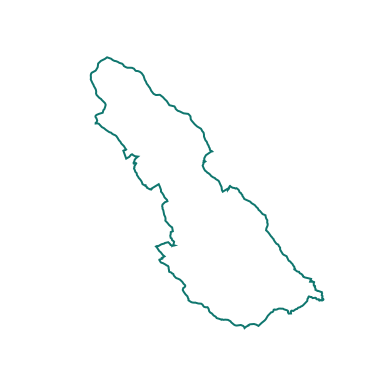 outline of Licurici, Gorj, Romania, rotated 330°
{"feature_id": "2599482B7592331780028", "entity_name": "Licurici", "entity_type": "district", "adm_level": 2, "iso_a3": "ROU", "parent_name": "Romania", "parent_adm1": "Gorj", "projection": "equal_earth", "projection_center": [23.618, 44.895], "detail": "fine", "context": "isolated", "style": "outline", "palette": "teal", "viewbox_px": 384, "rotation_deg": 330, "n_neighbors": 0, "source": "geoboundaries", "source_scale": "gbopen_adm2", "svg_char_len": 6086}
<svg xmlns="http://www.w3.org/2000/svg" viewBox="0 0 384 384"><g transform="rotate(330 192 192)"><path d="M244.8,314.7L244.4,314.5L243.1,313.0L242.7,311.6L241.9,310.2L242.4,309.7L242.8,309.7L242.8,309.2L242.6,309.2L243.2,307.9L242.9,306.3L243.0,304.6L242.5,302.9L242.3,301.3L241.6,300.3L241.4,299.4L241.8,294.9L240.0,292.2L239.6,291.1L239.5,287.0L239.6,285.8L240.5,284.2L240.2,282.2L240.4,280.7L239.3,279.1L238.9,276.3L238.9,274.3L239.1,273.6L238.8,272.8L238.6,270.9L238.3,270.0L238.0,266.3L237.7,264.4L237.0,262.2L238.3,260.6L240.5,259.0L241.3,258.0L241.8,256.9L241.7,256.3L243.1,254.1L243.0,252.1L243.4,250.4L244.0,248.9L242.1,246.4L241.4,242.4L240.7,240.7L240.9,239.1L240.3,237.4L239.8,234.7L238.0,231.4L237.6,229.5L233.8,224.2L233.9,222.5L233.7,220.6L234.1,219.7L233.8,218.6L233.8,217.2L233.3,216.5L233.1,215.5L233.4,214.3L233.4,213.3L232.5,211.0L231.3,210.7L230.9,209.9L229.2,208.5L228.2,206.6L228.0,205.9L227.3,206.1L225.6,207.6L225.0,207.8L225.4,207.1L224.0,207.9L224.2,207.4L224.1,207.0L218.8,207.1L218.9,205.2L220.1,202.4L220.3,199.4L220.6,197.0L220.6,195.5L218.9,192.4L218.8,191.4L217.6,189.8L216.9,188.3L216.5,187.3L216.4,185.9L216.0,185.1L215.7,183.9L215.0,183.1L214.7,181.6L214.0,180.0L214.0,177.7L214.4,174.5L216.1,173.2L216.7,171.9L216.9,171.8L217.4,172.3L218.8,172.2L218.1,170.6L218.7,170.4L219.5,168.9L222.4,167.1L228.7,166.6L229.7,166.9L229.5,166.2L228.8,165.6L228.6,164.4L229.2,163.1L229.2,161.3L229.6,159.9L229.4,158.8L229.9,155.7L229.5,154.1L230.1,150.0L231.1,148.2L231.7,146.3L231.3,144.1L231.4,143.3L231.4,141.7L229.2,137.8L228.2,134.6L227.3,129.7L227.3,128.3L228.5,125.7L228.1,123.5L227.7,122.4L224.0,119.6L221.7,116.1L220.4,114.7L219.9,113.5L219.4,111.7L219.7,110.9L219.6,109.1L215.8,105.5L215.6,100.6L214.8,98.0L214.3,95.5L212.9,92.0L212.5,91.6L209.8,90.3L209.1,89.8L207.8,87.7L207.3,84.0L207.6,80.6L207.3,79.1L207.3,77.5L207.0,76.2L207.0,75.1L207.3,73.3L207.2,71.3L208.1,67.2L207.8,63.9L206.9,61.8L205.7,60.3L204.0,59.1L203.7,58.5L203.4,56.2L202.1,54.4L198.1,52.0L197.0,50.6L196.0,48.8L196.1,47.5L195.6,45.9L193.7,43.9L192.8,42.2L191.5,40.6L190.4,39.7L189.2,37.9L188.7,36.3L185.8,32.9L183.1,33.2L178.7,32.9L175.0,33.8L172.7,36.8L169.7,38.5L169.0,38.7L164.8,38.6L163.9,39.0L162.8,40.1L161.5,42.7L160.6,43.9L160.2,48.6L160.3,49.8L160.0,50.9L160.0,54.3L159.8,55.7L159.1,57.4L158.2,58.6L157.9,60.2L158.8,64.1L159.8,66.1L159.8,66.8L160.9,70.8L161.1,71.8L160.8,73.4L159.3,74.9L157.4,76.5L156.2,76.8L154.3,78.7L150.4,77.8L147.8,77.5L146.7,77.8L146.2,78.2L145.9,79.2L146.1,80.4L145.6,82.8L144.3,83.8L143.1,84.0L142.8,84.5L144.2,85.1L145.4,86.3L146.4,90.7L147.7,92.8L148.5,95.1L150.3,98.8L151.6,100.2L152.0,101.7L152.8,103.1L153.6,104.0L154.4,105.6L154.6,107.8L154.6,110.6L155.1,112.7L155.0,114.6L156.0,118.3L156.0,120.6L156.2,122.3L155.3,122.4L154.4,122.0L153.2,121.9L151.7,130.2L155.3,130.2L157.6,129.3L158.6,129.3L159.1,129.5L159.4,130.6L160.5,132.5L162.9,134.3L160.1,134.8L158.5,135.4L157.5,136.5L155.9,137.6L155.8,138.0L156.1,138.0L156.7,139.0L157.8,138.8L158.0,139.3L155.0,141.0L154.4,141.6L154.4,142.0L153.5,142.7L153.4,144.6L153.0,146.1L153.5,148.0L152.8,149.8L153.0,152.0L152.9,153.0L153.4,155.2L153.6,157.7L153.1,160.5L154.3,162.5L155.0,162.8L154.7,163.2L154.7,163.8L155.2,164.1L155.4,165.1L155.1,165.7L155.6,166.5L156.8,168.5L157.9,169.5L158.5,169.3L158.6,168.8L167.1,168.6L166.8,171.4L166.2,174.7L165.3,176.2L165.7,177.9L165.8,180.7L165.5,182.9L166.4,186.3L166.1,187.7L163.4,187.3L160.2,188.1L159.0,189.5L158.7,190.8L158.1,191.8L158.0,193.5L156.5,197.8L156.3,200.4L155.6,202.2L154.8,203.1L154.6,203.6L155.3,206.5L155.7,209.3L156.6,211.8L157.1,212.7L155.8,216.4L153.6,216.1L152.5,217.8L151.3,219.0L150.6,221.1L151.2,222.1L150.7,223.6L150.9,224.3L151.3,224.8L151.6,226.2L149.5,228.4L149.6,229.0L150.1,229.5L149.3,229.3L148.9,228.8L147.9,228.8L148.1,228.4L147.0,227.3L146.9,225.6L146.3,223.6L143.0,222.6L142.4,222.8L139.4,222.0L136.0,222.0L135.2,221.8L134.8,221.3L133.6,221.2L133.9,222.5L134.1,226.7L134.8,228.6L135.2,231.8L136.0,234.0L133.6,234.0L133.8,234.3L133.1,234.9L129.9,234.3L129.7,234.7L129.8,237.3L130.1,237.9L131.2,239.0L132.9,241.8L133.2,242.7L134.2,243.9L134.2,245.3L133.6,246.4L133.0,248.2L132.6,248.9L132.4,249.8L133.5,251.0L133.9,251.7L134.0,252.5L134.8,253.6L134.5,255.4L135.1,258.2L135.6,259.0L136.8,260.4L137.8,262.0L138.7,265.1L138.8,267.2L139.4,269.2L139.2,270.0L138.7,270.4L137.8,270.8L136.4,270.8L135.0,272.2L134.9,274.0L135.2,277.4L135.9,280.1L135.5,281.9L135.5,283.0L134.9,283.7L134.8,284.1L136.2,286.8L136.9,287.7L138.6,289.0L139.4,289.3L141.7,291.7L144.1,293.3L144.8,294.8L144.8,296.5L145.1,297.6L146.5,298.9L147.7,299.4L147.9,299.7L148.0,301.3L147.3,303.8L147.5,305.4L148.5,307.2L149.0,309.8L150.2,311.9L150.3,313.5L152.4,315.7L153.7,317.4L154.3,317.3L155.1,318.3L157.0,319.2L159.2,320.7L160.7,323.2L160.8,324.5L162.1,328.0L162.8,329.1L163.9,330.0L167.8,331.6L169.3,333.5L169.7,335.1L169.5,336.1L171.6,335.7L174.3,335.9L174.4,335.5L176.1,335.6L179.7,337.3L181.3,339.0L182.6,341.2L186.8,340.2L190.6,339.6L192.2,339.1L195.8,337.1L200.3,335.8L201.6,336.2L202.3,336.1L203.3,335.5L203.9,334.8L204.9,335.1L205.4,335.7L206.8,336.2L208.5,336.3L209.3,336.6L212.5,338.6L213.0,339.6L215.1,341.9L215.5,342.5L215.6,343.1L214.9,344.3L214.9,345.6L217.0,346.7L217.6,345.2L217.9,345.2L218.4,344.6L219.0,344.6L220.3,345.7L223.2,345.4L224.5,345.8L226.0,345.3L228.2,345.8L229.2,345.6L230.3,345.8L231.7,345.6L237.3,344.0L238.6,342.3L239.6,341.9L240.2,341.2L241.0,340.9L241.8,341.7L242.2,342.3L243.0,342.7L243.4,344.2L246.0,345.3L246.4,346.0L246.2,346.7L246.6,347.5L248.2,348.3L248.2,348.9L247.9,349.3L248.0,349.7L249.8,350.0L249.7,350.4L250.3,350.7L250.4,351.0L251.5,351.1L252.0,350.9L252.2,350.2L251.8,348.7L253.0,347.4L252.7,346.3L254.1,344.7L254.0,344.0L254.3,343.6L251.5,340.4L251.2,340.4L250.0,338.4L250.6,337.7L250.8,335.5L251.3,335.4L251.5,334.7L250.8,333.8L251.8,331.8L252.5,331.4L252.7,331.1L252.4,330.6L249.4,328.7L249.7,328.4L251.3,328.9L250.9,327.2L251.6,326.7L246.9,322.3L246.4,321.3L246.1,321.2L246.0,320.4L246.3,319.8L246.0,319.1L246.1,318.7L245.7,317.6L244.7,316.2L244.8,314.7Z" fill="none" stroke="#0f766e" stroke-width="2"/></g></svg>